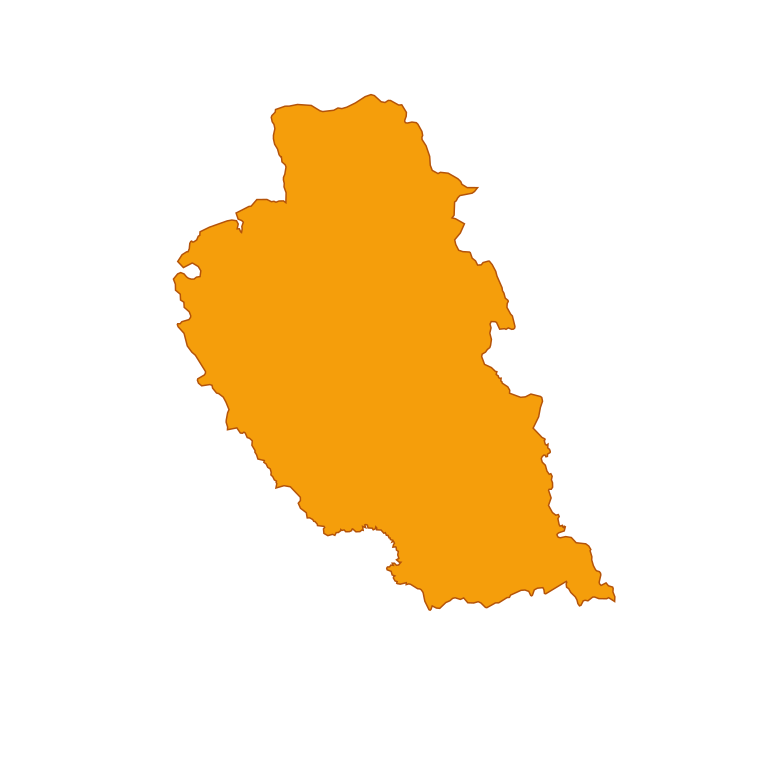 Arivonimamo, Itasy, Madagascar, rotated 155°
{"feature_id": "10022922B99194691228489", "entity_name": "Arivonimamo", "entity_type": "district", "adm_level": 2, "iso_a3": "MDG", "parent_name": "Madagascar", "parent_adm1": "Itasy", "projection": "natural_earth1", "projection_center": [47.286, -19.045], "detail": "fine", "context": "isolated", "style": "filled", "palette": "amber", "viewbox_px": 768, "rotation_deg": 155, "n_neighbors": 0, "source": "geoboundaries", "source_scale": "gbopen_adm2", "svg_char_len": 6165}
<svg xmlns="http://www.w3.org/2000/svg" viewBox="0 0 768 768"><g transform="rotate(155 384 384)"><path d="M331.2,134.1L326.1,132.3L326.0,130.0L327.1,126.4L326.1,125.5L302.2,128.1L302.1,127.1L303.4,125.8L304.4,122.7L303.1,120.4L302.8,116.1L300.6,110.2L300.4,106.7L301.1,103.0L300.6,100.3L299.0,100.2L295.0,103.3L293.1,103.0L290.8,101.3L284.9,102.7L283.1,101.9L279.9,98.6L272.9,95.3L270.7,95.4L266.9,89.4L264.7,93.6L264.4,98.8L262.7,101.9L262.6,103.3L265.9,106.3L266.8,109.9L272.4,109.7L273.1,111.8L272.8,113.4L268.2,119.3L267.7,121.0L268.1,122.9L270.3,124.9L270.8,126.5L271.0,130.9L270.1,136.8L268.6,139.6L267.7,145.8L266.5,146.6L266.9,150.6L268.7,153.9L276.9,158.9L279.1,165.7L283.8,168.9L289.1,170.1L290.8,171.4L291.1,173.3L290.8,174.6L288.7,175.3L282.7,174.7L280.0,178.0L280.8,179.0L282.0,178.1L282.5,179.2L282.1,180.5L284.5,180.8L284.7,182.5L283.3,188.5L281.2,189.9L281.2,192.0L283.7,192.5L285.7,196.4L286.2,204.5L280.7,210.1L279.8,218.1L278.8,218.8L276.9,217.9L274.8,219.2L273.0,223.3L272.8,226.4L270.6,229.3L270.7,232.2L272.4,232.3L273.1,236.2L272.1,242.2L273.6,246.3L273.0,249.9L271.2,251.4L269.1,252.0L268.1,251.4L268.0,249.6L266.5,249.3L265.5,251.3L262.4,251.7L261.8,252.7L261.6,254.8L262.6,257.0L260.8,260.2L262.7,259.9L263.3,261.6L262.6,265.2L261.6,265.4L261.4,266.3L263.4,268.8L267.5,281.0L257.7,288.9L252.2,296.6L247.6,301.4L246.7,305.1L247.5,306.6L255.1,312.8L261.3,312.6L265.8,314.2L274.1,322.6L272.7,325.2L273.0,329.1L276.5,334.8L276.2,336.3L276.8,337.5L275.4,339.8L276.7,340.2L277.4,341.4L277.0,343.0L278.3,345.2L276.5,347.5L277.7,348.3L279.7,353.5L284.6,359.3L283.9,367.6L282.4,369.6L278.5,370.0L275.7,371.6L272.7,372.3L271.0,374.1L267.8,379.0L266.6,385.4L263.3,389.6L262.6,393.5L260.4,395.3L256.8,393.4L256.0,392.1L256.0,384.8L251.4,383.2L250.3,382.0L247.6,382.3L245.2,379.6L243.4,379.0L241.9,379.5L241.0,380.8L238.9,391.4L239.7,393.8L240.2,401.5L238.3,404.9L236.5,406.3L236.3,407.4L237.8,410.6L236.9,415.7L237.2,418.5L236.3,421.4L236.0,434.1L235.1,438.9L235.5,446.4L236.6,450.8L237.5,451.3L242.9,452.2L245.5,450.9L248.9,452.2L249.0,456.9L250.9,460.8L250.3,466.6L250.8,467.5L256.7,470.7L259.8,473.7L260.0,480.2L259.0,484.8L251.0,488.6L243.4,495.2L249.3,503.5L252.1,505.8L249.1,507.4L243.1,519.1L241.1,519.5L238.6,521.5L235.6,522.7L223.5,519.7L220.6,520.2L216.2,522.4L225.6,526.8L229.0,532.0L228.9,535.1L230.3,538.8L236.7,547.9L243.4,552.0L246.1,551.9L250.0,557.2L249.6,562.8L246.4,571.0L245.2,582.1L246.2,589.5L245.3,591.7L243.9,592.9L242.9,596.8L243.5,605.2L244.3,607.2L248.0,609.6L252.5,610.6L254.0,611.6L254.3,613.1L253.7,614.3L250.7,617.3L248.9,620.7L249.9,629.5L252.8,630.6L258.3,638.2L260.3,639.2L264.1,638.7L267.3,641.0L270.8,649.4L273.5,651.8L279.7,652.4L291.2,650.8L300.7,650.6L305.8,651.4L309.1,653.6L313.8,653.3L324.4,656.8L326.5,658.6L332.2,667.2L344.3,673.9L352.5,675.9L356.3,677.6L366.3,678.6L367.8,676.3L372.1,674.7L373.5,673.3L374.5,668.9L374.0,665.7L375.0,661.5L379.1,656.1L380.6,652.9L381.8,647.5L381.2,641.9L382.2,636.1L381.6,633.4L381.0,633.3L382.6,628.4L380.9,624.4L381.1,622.1L385.2,616.1L387.8,613.7L388.9,611.5L389.6,608.0L391.3,604.9L391.9,598.7L396.3,589.8L397.7,592.4L401.8,594.2L405.1,594.4L406.5,596.1L409.0,596.8L412.1,600.7L421.3,604.9L429.3,601.3L431.4,602.0L445.8,601.5L446.5,595.1L443.9,592.3L443.1,590.1L446.3,586.8L447.0,584.5L449.1,581.5L449.6,582.5L449.5,585.8L451.5,586.7L448.5,590.6L448.7,594.3L452.6,596.9L457.2,598.1L475.9,599.9L486.4,599.7L488.1,596.6L489.9,596.4L492.9,593.7L496.4,593.2L497.6,593.7L497.9,594.8L498.9,594.8L500.6,593.5L503.3,588.9L505.7,586.7L507.0,587.2L512.4,586.5L519.2,582.2L516.6,574.3L506.8,574.7L506.2,574.2L502.7,569.0L502.2,564.0L505.3,559.1L508.8,560.1L511.8,559.4L514.2,560.4L516.5,562.4L517.7,564.5L518.7,568.3L521.2,570.9L524.5,571.0L530.5,568.1L530.9,562.6L533.3,557.1L530.7,551.5L532.9,546.1L530.8,542.7L532.7,537.9L530.0,531.8L530.3,527.6L531.0,526.3L533.5,524.8L540.9,525.9L543.3,524.8L545.5,525.8L546.2,525.2L546.4,522.9L543.8,514.4L546.2,501.6L544.7,494.1L542.8,489.8L540.5,470.8L541.3,469.2L543.0,468.1L550.6,467.4L551.5,466.3L551.8,463.2L550.0,459.4L542.1,457.1L540.4,455.5L541.1,452.7L539.6,446.6L537.9,445.2L535.2,440.0L534.9,434.2L535.3,426.3L537.9,424.0L542.2,418.0L543.2,416.1L543.9,411.1L545.2,408.7L535.9,406.4L534.9,400.3L533.1,399.2L531.3,399.5L530.5,398.3L530.6,393.3L528.8,391.6L527.4,388.2L529.6,384.3L529.0,378.0L529.8,376.9L529.4,373.7L530.0,369.3L524.8,365.2L526.0,363.8L524.6,361.3L524.6,357.7L523.0,355.1L523.6,351.6L524.9,349.4L524.0,347.1L523.9,343.4L522.5,341.4L523.4,340.3L523.2,339.1L525.9,335.4L517.6,334.1L512.3,330.4L507.7,316.7L509.0,313.7L512.1,312.2L512.2,306.6L508.8,300.2L510.2,295.1L507.9,294.1L505.9,291.3L505.7,289.3L504.6,288.4L503.7,285.2L504.1,283.8L498.5,280.3L498.4,279.1L500.1,278.3L501.6,274.0L499.0,270.3L494.2,269.5L492.5,267.6L490.1,269.5L488.1,268.7L485.4,269.3L484.7,270.4L484.0,269.1L481.8,268.6L481.1,266.3L477.8,264.8L475.3,264.8L474.5,265.9L473.6,265.9L471.9,261.9L468.2,260.4L465.7,261.0L464.7,260.2L463.6,264.0L461.3,261.5L461.0,264.4L459.8,264.3L458.7,263.1L459.3,260.3L455.6,258.3L455.4,256.4L453.0,256.4L451.8,258.0L451.4,256.5L452.3,255.0L448.4,252.9L447.2,248.8L445.6,248.7L445.8,245.9L444.4,245.2L444.4,242.3L443.5,241.8L443.9,240.3L442.1,238.6L443.5,237.4L442.0,237.4L441.8,236.7L441.9,235.1L443.1,234.6L444.9,232.4L442.3,231.5L442.0,230.9L442.9,228.3L441.8,226.2L443.8,223.3L444.2,219.7L447.0,219.4L445.5,216.1L444.0,215.3L447.2,213.8L449.3,214.4L450.3,217.2L452.3,218.1L452.2,215.7L454.3,217.0L456.2,215.9L458.2,216.7L459.4,215.9L459.7,214.3L456.7,211.2L457.3,207.5L455.3,205.5L456.8,205.2L457.5,204.3L457.2,200.8L455.6,199.3L456.7,198.1L456.4,197.5L453.8,195.7L447.8,194.5L448.7,192.8L446.1,192.4L444.6,191.3L440.0,184.2L438.2,183.2L437.2,181.7L436.7,178.5L438.8,169.9L438.6,160.4L437.8,159.5L436.6,159.9L434.1,162.5L431.2,158.8L428.3,157.1L420.3,159.8L415.9,159.7L412.3,160.7L409.9,160.2L405.8,156.5L402.2,156.4L400.5,150.3L395.2,147.6L390.6,146.9L388.7,144.6L386.5,138.7L385.3,137.8L375.4,138.5L372.5,137.2L362.8,138.4L360.5,137.6L358.5,139.2L347.0,139.1L343.3,137.7L340.4,134.8L340.4,130.4L339.7,129.6L338.7,129.9L334.8,133.9L331.2,134.1Z" fill="#f59e0b" stroke="#b45309" stroke-width="1.5"/></g></svg>